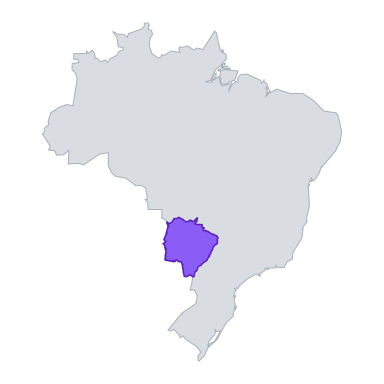 location of Mato Grosso do Sul within Brazil
{"feature_id": "BRA-600", "entity_name": "Mato Grosso do Sul", "entity_type": "State", "adm_level": 1, "iso_a3": "BRA", "parent_name": "Brazil", "parent_adm1": "", "projection": "robinson", "projection_center": [-55.435, -20.619], "detail": "fine", "context": "in_parent", "style": "filled", "palette": "violet", "viewbox_px": 384, "rotation_deg": 0, "n_neighbors": 0, "source": "natural_earth", "source_scale": "10m", "svg_char_len": 8857}
<svg xmlns="http://www.w3.org/2000/svg" viewBox="0 0 384 384"><path d="M96.5,57.9L100.6,61.8L105.7,59.9L107.3,62.5L110.1,58.8L117.0,55.2L118.5,51.7L122.9,49.8L123.2,47.5L118.2,46.8L116.9,37.4L112.6,31.4L118.4,34.4L123.7,34.3L127.3,37.3L128.5,33.6L141.5,29.1L144.4,26.0L144.2,23.2L148.1,23.0L149.3,24.4L148.1,29.2L151.5,30.5L152.6,34.4L150.3,37.4L149.2,45.1L151.7,53.3L157.9,58.0L160.6,57.3L161.9,54.7L164.2,55.3L171.2,51.0L180.1,52.4L178.7,48.9L180.1,46.6L181.9,47.6L187.6,45.9L194.1,50.1L196.9,48.0L203.0,49.5L214.5,31.1L216.4,33.0L220.2,50.0L222.2,52.6L226.0,54.1L226.5,58.4L219.9,66.5L215.9,69.2L210.6,80.3L205.3,81.9L210.8,82.2L218.9,76.6L220.4,83.7L222.6,85.9L231.0,83.5L228.5,91.5L231.7,85.1L235.6,81.4L237.5,82.4L238.3,81.3L237.6,78.4L240.2,74.8L246.6,74.0L260.5,80.2L261.5,83.3L263.4,81.2L266.7,83.6L267.5,86.2L265.8,88.1L266.6,89.0L268.3,87.2L268.7,89.0L267.1,90.8L266.1,96.2L268.3,94.0L269.9,89.9L270.1,92.8L276.4,89.1L290.9,93.7L302.5,93.3L313.8,100.7L323.8,111.0L336.2,112.9L338.5,116.7L341.6,131.6L340.3,141.3L335.4,151.2L321.7,167.3L321.7,166.0L319.1,173.3L314.8,179.8L312.8,180.8L311.4,177.9L310.1,179.3L308.2,186.2L309.4,206.0L306.7,217.4L307.0,221.9L303.2,226.7L301.9,238.1L292.8,252.6L292.3,259.2L286.9,261.9L284.3,267.4L277.4,267.6L276.0,265.5L275.4,267.8L264.9,268.3L265.3,270.2L258.6,274.8L254.8,274.7L248.0,278.6L239.6,285.5L237.9,288.8L236.5,287.5L235.9,289.0L234.0,288.4L236.4,290.4L234.4,292.5L233.8,296.2L235.1,304.2L233.1,316.2L226.0,323.0L217.1,339.4L208.9,346.9L208.7,344.4L214.6,341.3L219.7,332.3L219.9,330.7L216.5,331.7L214.5,328.8L215.5,331.7L214.6,335.0L209.4,340.5L207.8,344.9L208.2,347.3L204.3,355.7L199.1,361.0L197.9,360.2L197.9,356.0L200.9,352.2L196.3,346.3L186.0,339.6L182.9,335.9L179.9,337.9L179.6,335.3L173.8,329.4L171.0,331.0L168.1,330.1L180.7,314.4L182.3,314.5L182.0,313.0L195.9,303.6L197.2,295.8L194.7,290.2L190.2,290.2L193.0,276.9L190.2,274.9L184.3,276.1L181.4,262.2L176.5,259.8L172.9,261.5L165.0,259.6L166.1,250.5L163.6,243.3L165.9,241.7L163.8,239.6L168.6,226.4L166.0,220.3L161.7,217.9L162.1,209.6L148.2,209.5L147.7,202.6L145.1,199.3L147.4,199.3L145.6,188.0L141.3,185.4L135.9,185.7L126.1,178.3L115.8,176.3L111.4,172.3L108.3,165.9L108.2,152.6L99.2,154.3L83.7,164.8L79.1,163.4L68.3,163.9L68.9,150.3L63.7,154.8L56.5,155.2L54.9,150.9L48.6,150.0L50.3,146.4L42.4,134.0L44.5,131.8L44.2,128.3L48.9,124.5L48.1,121.3L50.7,112.9L58.6,107.5L66.6,104.6L72.9,105.7L77.2,78.8L75.4,72.9L72.0,69.7L72.2,63.4L79.1,62.7L77.9,59.3L73.7,59.3L73.8,53.6L86.6,53.5L86.5,51.2L88.4,53.3L92.5,50.1L94.7,53.7L95.0,58.2L96.5,57.9ZM223.8,69.5L238.0,71.0L234.6,80.5L232.0,80.7L231.6,82.3L229.5,81.6L227.2,84.0L221.8,84.0L219.9,79.2L221.3,78.0L219.6,76.3L220.8,70.8L223.8,69.5ZM211.7,80.9L213.9,74.1L216.1,73.1L216.0,77.3L211.7,80.9ZM227.7,66.1L226.4,68.7L223.1,68.1L223.6,66.4L227.7,66.1ZM222.9,63.3L222.3,68.5L221.0,68.0L222.9,63.3ZM230.0,69.4L228.0,69.7L227.0,69.3L229.5,67.7L230.0,69.4ZM220.7,69.6L218.6,71.3L217.8,70.4L219.3,68.9L220.7,69.6ZM224.6,65.0L223.6,64.0L225.3,62.9L225.4,63.9L224.6,65.0ZM223.4,51.6L222.2,51.9L222.0,50.0L223.1,49.9L223.4,51.6ZM235.5,309.2L235.1,307.5L236.1,306.0L236.4,306.4L235.5,309.2ZM259.8,274.1L260.1,276.0L258.7,275.6L259.8,274.1ZM235.0,297.3L234.4,296.4L235.3,295.3L235.6,295.7L235.0,297.3ZM267.9,92.8L267.0,94.8L267.9,92.0L267.9,92.8ZM312.0,181.1L310.6,181.6L311.5,180.1L312.0,181.1ZM268.6,269.1L267.2,269.7L266.9,269.3L267.8,268.5L268.6,269.1ZM309.6,184.6L309.1,185.7L308.8,185.0L309.6,184.6ZM264.2,79.4L264.2,80.5L263.8,80.4L264.2,79.4Z" fill="#d9dde1" stroke="#a8b0b8" stroke-width="1"/><path d="M165.4,242.1L165.6,242.0L165.9,241.7L163.9,239.7L166.4,233.7L166.5,233.6L166.9,233.5L166.8,232.5L166.7,232.4L166.4,232.4L168.0,226.7L168.3,226.6L168.8,226.6L168.8,226.4L168.7,226.3L168.2,226.1L167.9,225.6L167.5,224.5L166.8,223.2L167.0,223.1L166.8,222.5L166.8,222.2L167.1,222.2L167.5,222.2L167.7,222.6L167.8,222.9L168.0,223.0L168.3,223.3L168.6,223.3L168.7,223.6L168.8,223.7L168.7,224.0L168.8,224.0L169.0,223.4L170.4,223.0L170.6,222.8L170.8,222.7L171.3,222.6L171.7,222.4L172.5,221.5L172.5,221.4L172.5,221.0L172.5,220.9L173.1,220.5L173.4,220.0L173.5,219.7L173.5,219.3L173.8,219.1L173.9,218.8L174.1,218.6L174.8,218.6L175.9,218.5L176.1,218.5L176.4,218.6L176.7,218.6L177.0,218.4L177.4,218.3L177.5,218.3L177.8,217.8L178.0,217.7L178.9,217.4L179.5,217.5L179.9,218.1L181.0,218.5L181.3,218.8L181.5,218.9L181.9,219.0L182.1,218.9L182.6,219.1L182.8,219.2L182.9,219.4L183.1,219.8L183.4,220.2L184.0,220.6L184.8,220.9L185.2,221.3L186.0,221.8L186.5,221.7L186.8,221.7L187.6,221.5L188.0,221.5L188.8,221.0L189.1,220.6L189.3,220.5L189.7,220.3L190.4,220.2L190.8,220.2L191.0,220.3L191.8,220.9L191.8,221.0L191.9,221.5L192.0,221.7L192.4,221.7L193.2,221.3L193.5,221.2L194.0,221.2L194.3,220.9L194.6,220.3L195.1,220.0L195.3,219.8L196.0,219.0L196.3,218.5L196.8,218.1L197.3,218.0L197.3,218.5L197.1,219.6L197.1,220.2L196.8,221.5L196.7,221.6L196.1,221.8L195.9,221.9L195.8,222.3L195.6,222.6L195.5,222.9L195.1,223.4L195.0,223.6L195.1,223.9L195.4,223.9L195.9,224.0L196.7,224.5L197.0,224.6L197.9,224.4L199.0,224.6L199.3,224.5L200.3,224.5L201.4,224.8L202.1,224.6L202.2,225.3L202.1,227.0L202.1,227.3L202.2,227.6L202.4,227.8L202.6,227.9L203.0,227.5L203.3,227.5L204.1,227.9L204.2,228.1L204.1,228.4L203.6,229.3L203.3,230.0L203.2,230.3L203.4,230.4L204.3,230.7L204.8,230.6L205.4,230.8L206.3,230.6L206.7,230.8L207.3,231.5L207.6,231.6L208.1,231.5L208.3,231.6L208.7,231.9L209.3,232.3L209.5,232.7L210.0,232.9L210.6,233.1L211.2,233.6L212.7,234.3L213.1,234.4L213.4,234.3L214.3,234.5L214.5,234.6L215.1,235.3L215.3,235.4L215.8,235.5L216.1,235.6L216.5,235.6L216.9,235.9L217.2,236.4L217.8,237.3L217.8,237.5L218.0,237.9L217.9,238.1L217.7,238.1L217.6,238.8L217.3,239.2L217.3,239.4L217.3,239.7L217.4,241.0L217.4,242.1L217.5,242.7L217.2,243.5L216.8,244.1L216.4,244.4L215.4,244.7L215.0,245.0L214.6,245.5L214.0,246.4L213.6,246.8L213.2,246.9L213.1,247.0L212.9,247.6L212.8,247.9L212.7,249.4L212.6,249.6L211.8,250.5L211.5,251.3L211.0,251.6L210.9,251.7L210.8,252.0L211.0,252.7L211.0,253.1L210.9,253.5L210.4,254.0L210.1,254.5L209.9,254.7L209.5,254.6L209.3,254.7L209.3,254.8L209.2,255.0L209.1,255.3L209.4,255.9L209.5,255.9L209.6,256.0L209.5,256.3L209.3,256.6L208.7,256.9L208.5,257.3L208.4,257.7L208.3,257.9L208.0,258.1L207.6,258.5L207.4,259.2L207.2,259.7L207.1,260.0L206.4,260.8L206.1,260.9L205.9,261.2L205.6,261.2L205.2,261.5L204.8,261.7L204.4,262.0L203.7,262.5L203.5,262.8L202.9,263.1L202.7,263.2L202.2,263.8L201.5,264.8L201.1,265.3L198.7,266.4L198.2,266.7L198.0,267.0L197.7,267.7L197.6,268.0L197.5,268.8L196.9,270.4L196.7,270.7L195.9,271.2L195.2,271.5L195.0,272.1L194.7,273.4L194.6,273.9L194.4,274.6L194.3,274.9L194.3,275.7L194.3,276.1L194.1,276.2L193.5,276.6L193.3,276.8L193.0,276.9L192.1,276.4L191.7,275.8L191.5,275.6L190.3,274.9L190.1,274.8L189.6,275.2L188.7,275.5L188.2,275.8L187.9,276.2L187.4,276.3L187.0,276.4L186.6,276.4L186.1,276.7L185.9,276.7L185.1,276.5L184.6,276.4L184.4,276.3L184.2,276.1L184.1,275.9L184.0,274.2L183.9,273.7L183.4,273.1L183.3,271.9L183.5,271.4L183.5,271.1L183.4,271.0L183.2,270.7L183.4,270.0L183.4,269.8L183.2,269.1L182.9,268.9L182.9,268.4L182.9,268.2L182.6,267.8L182.6,267.3L182.5,266.6L182.4,266.3L182.7,265.7L182.7,265.2L182.7,264.9L182.7,264.7L182.1,264.3L182.0,264.1L181.8,263.8L181.8,263.5L181.7,262.8L181.7,262.6L181.3,262.2L180.9,261.7L180.8,261.9L180.7,261.8L180.2,261.8L179.9,261.6L179.7,261.7L178.3,261.6L177.9,261.2L177.5,261.0L177.3,260.7L177.1,260.4L176.9,259.9L176.0,260.0L175.9,260.1L175.7,260.5L175.5,260.8L175.0,261.2L175.1,261.4L175.0,261.5L174.9,261.4L174.6,261.1L174.4,261.3L174.2,261.3L173.8,261.3L173.6,261.7L173.3,261.7L173.2,261.4L173.1,261.2L173.0,261.4L172.8,261.4L172.7,261.4L172.7,261.2L172.6,261.3L172.3,261.2L171.9,261.2L171.6,261.2L171.2,261.0L170.9,261.0L170.8,260.8L170.7,260.8L170.5,261.0L170.4,261.0L169.9,260.9L169.8,261.0L169.6,261.0L169.3,260.8L168.9,260.7L168.6,260.8L168.3,260.7L167.9,260.7L167.6,260.4L167.5,260.1L167.4,260.0L167.2,260.1L166.9,260.1L166.7,260.1L166.4,260.3L166.1,260.4L165.9,260.2L165.6,260.3L165.3,260.2L165.2,259.9L165.0,259.5L165.2,258.9L165.4,258.3L165.4,258.1L165.2,257.9L165.4,257.5L165.3,257.0L165.7,256.5L165.4,256.1L165.3,255.9L165.5,255.4L165.3,255.3L165.3,255.1L165.3,254.9L165.4,254.4L165.9,253.6L166.0,253.4L165.8,253.2L165.6,253.0L165.6,252.9L165.8,252.6L166.0,252.4L166.1,252.0L166.1,251.6L166.1,251.2L166.0,250.8L166.2,250.5L166.2,250.3L166.2,250.1L165.7,249.8L165.5,249.7L165.9,249.2L165.7,248.8L165.3,248.8L165.3,248.7L165.6,248.4L165.8,248.4L165.9,248.2L165.7,248.0L165.6,247.7L165.3,247.6L165.2,247.7L165.2,248.0L165.0,247.8L165.0,247.5L164.9,247.2L164.9,246.8L164.8,246.6L164.8,246.2L164.9,245.7L164.5,245.4L164.2,245.1L164.1,244.7L164.2,244.3L164.1,244.2L163.9,244.1L163.7,244.1L163.6,243.9L163.9,243.7L163.8,243.4L163.6,243.4L164.0,243.1L164.2,242.9L164.4,242.8L164.7,242.4L165.0,242.2L165.4,242.1Z" fill="#8b5cf6" stroke="#5b21b6" stroke-width="1.5"/></svg>